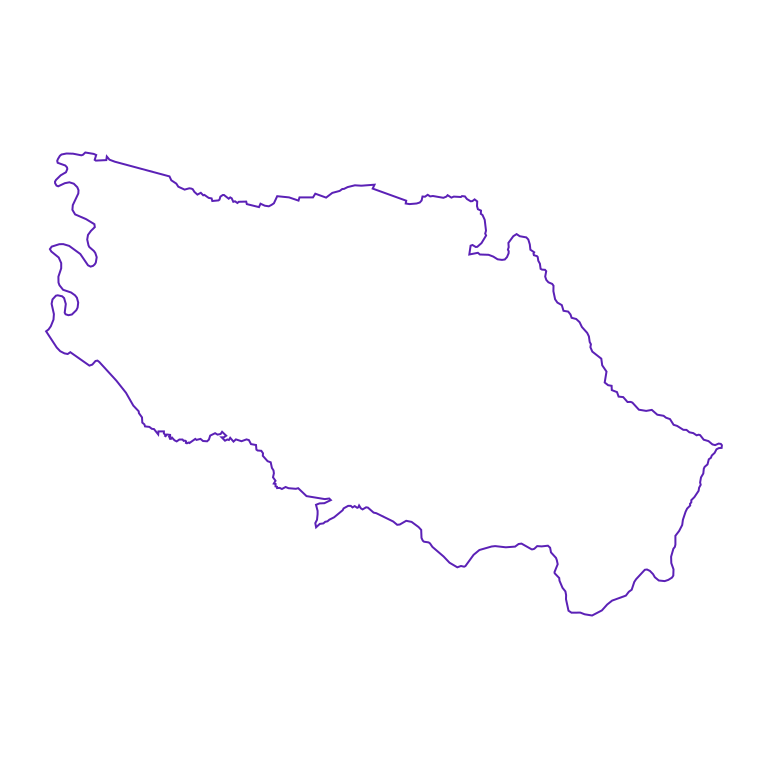 outline of San Pedro, Valle del Cauca, Colombia
{"feature_id": "7082276B32366816455434", "entity_name": "San Pedro", "entity_type": "district", "adm_level": 2, "iso_a3": "COL", "parent_name": "Colombia", "parent_adm1": "Valle del Cauca", "projection": "orthographic", "projection_center": [-76.202, 3.977], "detail": "fine", "context": "isolated", "style": "outline", "palette": "violet", "viewbox_px": 768, "rotation_deg": 0, "n_neighbors": 0, "source": "geoboundaries", "source_scale": "gbopen_adm2", "svg_char_len": 6032}
<svg xmlns="http://www.w3.org/2000/svg" viewBox="0 0 768 768"><path d="M721.6,447.9L721.9,445.2L720.8,443.9L718.6,443.6L715.1,445.1L712.4,444.4L708.5,441.1L703.7,439.7L700.1,435.1L698.7,434.7L696.6,435.3L693.3,433.1L689.4,432.3L686.5,429.9L683.3,429.8L677.1,425.9L673.6,424.8L670.0,419.1L666.0,417.7L663.6,415.8L657.3,414.7L651.8,409.9L646.2,410.9L638.9,409.7L632.4,402.6L630.7,401.9L627.5,402.0L623.2,397.1L618.6,396.6L617.0,392.1L611.8,390.1L611.6,385.8L608.1,385.2L604.7,382.5L606.5,371.6L602.2,365.3L601.3,358.7L592.3,351.6L590.4,347.2L590.9,344.2L589.7,342.0L588.9,336.4L587.2,332.9L581.9,327.0L579.6,322.2L576.2,319.0L571.6,317.8L570.5,314.5L568.2,311.6L563.5,310.8L561.8,305.1L557.4,302.6L555.1,299.3L553.4,291.2L553.5,285.7L552.2,283.9L548.4,282.3L546.3,279.9L545.2,276.6L546.2,271.2L545.0,269.8L542.0,269.6L540.6,268.8L539.9,263.7L538.3,260.8L537.7,257.0L536.9,256.1L533.9,255.2L533.5,253.6L534.2,252.3L530.4,249.7L529.8,244.4L528.3,239.5L526.3,237.4L519.7,236.2L516.6,234.1L513.3,236.2L508.4,242.9L508.7,247.2L507.9,249.7L508.7,251.2L508.6,253.3L507.0,257.1L504.8,259.5L502.0,259.9L497.6,259.3L493.3,256.6L488.6,254.8L479.9,254.5L477.9,252.8L469.3,254.5L470.6,245.7L472.5,245.0L475.8,247.0L477.3,246.8L481.5,243.1L486.1,235.5L485.2,233.6L486.0,230.7L484.7,219.8L482.5,215.0L480.8,213.8L481.0,210.6L477.9,209.2L477.0,206.1L477.2,201.4L474.6,199.4L472.4,201.1L470.7,201.3L466.9,199.0L464.9,196.4L462.0,196.1L460.9,197.0L453.8,196.6L451.4,197.6L447.6,195.2L446.4,196.6L443.4,197.8L432.9,196.0L430.2,196.4L427.7,194.8L425.0,196.7L422.5,196.5L421.6,200.5L419.8,202.5L416.6,203.5L409.5,204.1L405.7,203.5L406.2,200.7L372.7,188.6L374.5,184.7L361.4,185.7L354.9,185.3L347.6,187.1L344.0,188.9L342.3,189.0L339.7,190.9L332.3,192.9L326.1,197.6L315.3,193.7L313.0,197.4L299.5,197.4L298.5,200.6L289.1,197.4L277.2,196.2L273.9,203.3L271.5,204.9L268.8,206.3L264.8,205.7L260.5,203.7L259.0,207.1L246.8,204.1L246.2,201.6L238.8,201.8L237.4,203.0L235.0,201.3L233.3,201.8L231.7,198.3L230.2,197.4L228.7,198.7L224.0,195.0L222.8,195.0L220.4,196.6L219.5,199.6L218.5,200.4L212.3,201.0L211.6,198.4L208.7,197.9L204.4,194.9L203.2,195.3L200.8,192.8L197.4,194.6L194.4,191.9L192.7,189.2L191.3,188.6L189.3,188.3L184.6,189.6L178.3,186.7L176.3,183.6L171.3,180.3L169.5,176.4L114.8,161.7L109.5,159.7L106.8,156.5L106.3,160.1L95.8,160.6L94.7,159.8L96.2,155.0L93.7,153.9L85.3,152.5L82.9,154.8L81.3,155.3L73.1,153.7L66.5,153.5L61.5,154.5L59.9,155.8L57.9,159.1L57.2,160.9L57.7,162.8L65.3,165.5L67.0,167.4L67.3,169.0L66.0,172.2L60.7,175.3L56.0,179.9L55.0,181.7L55.1,183.2L56.5,185.6L58.2,186.3L64.8,183.2L69.4,182.3L73.8,183.7L77.3,187.2L78.5,190.2L78.3,193.5L72.8,205.1L72.4,209.8L75.1,214.4L86.2,219.2L94.4,224.2L94.8,227.1L91.0,230.8L88.0,234.9L87.2,239.5L88.5,245.4L89.3,247.0L93.9,251.0L95.3,253.0L96.7,257.2L95.8,262.6L94.7,264.4L93.0,265.9L90.6,266.6L88.0,265.3L80.3,254.0L69.2,245.9L63.2,244.1L59.3,244.2L51.7,246.6L49.9,249.1L51.3,251.5L58.7,257.5L61.2,263.1L61.2,268.3L58.4,276.7L58.5,282.6L59.5,285.3L63.1,289.8L71.1,292.5L75.0,295.3L76.9,297.7L78.2,302.6L77.6,307.6L76.3,310.2L71.9,314.5L68.4,315.2L65.6,314.3L64.7,312.7L65.8,304.0L64.1,298.1L62.2,296.3L57.7,295.3L55.9,295.7L52.5,299.4L51.6,303.8L53.9,314.1L53.5,319.6L50.8,326.3L48.5,329.5L46.1,331.3L56.7,347.5L60.2,351.2L64.5,353.4L67.7,354.0L70.3,352.2L89.4,365.6L92.3,364.6L95.5,361.0L97.5,360.6L99.3,362.0L116.4,380.7L126.0,392.8L133.3,405.6L138.7,411.3L138.9,413.1L142.0,417.4L142.3,422.6L144.4,424.4L145.0,426.4L149.4,426.9L151.8,428.8L154.0,429.1L158.2,434.4L158.5,431.4L163.9,431.4L163.9,433.5L165.6,435.0L165.1,435.9L165.6,436.2L166.9,434.5L170.1,434.9L170.2,436.6L169.2,436.8L170.1,438.9L171.2,438.8L172.1,437.7L174.5,440.3L176.7,441.4L179.4,439.5L182.5,439.5L183.7,440.9L184.9,440.6L186.1,441.3L185.9,442.9L186.9,443.3L188.9,442.5L189.5,443.0L195.3,438.9L196.5,439.9L200.5,438.9L203.0,441.0L207.1,441.3L208.9,439.6L210.2,435.6L215.1,433.2L217.5,434.6L220.6,434.0L222.1,431.8L226.2,435.7L223.9,437.3L221.6,437.3L225.0,440.7L227.3,439.5L228.9,440.0L230.2,437.8L233.5,441.6L235.9,439.4L241.5,441.2L246.5,439.4L248.9,440.1L251.0,444.1L256.0,445.0L256.4,449.6L257.6,450.5L261.3,450.8L263.0,453.3L262.8,455.8L267.6,461.2L270.7,462.3L271.9,467.9L273.5,470.4L273.9,473.3L273.0,477.3L275.5,480.8L273.8,483.6L275.6,484.0L275.5,486.4L277.0,486.8L277.1,488.1L279.7,487.9L281.9,489.0L285.6,487.0L288.5,488.2L295.9,488.8L298.2,488.2L306.5,496.1L324.8,499.1L329.2,498.5L330.8,500.1L324.4,503.2L319.5,503.4L316.0,504.8L317.6,510.9L317.6,514.2L317.0,519.8L315.3,523.1L316.1,527.3L319.8,523.9L323.4,523.4L325.2,521.8L327.5,521.3L329.3,519.7L334.1,517.3L342.7,510.2L343.6,508.4L348.1,505.9L350.8,505.9L352.5,507.4L354.7,506.1L357.2,507.8L358.3,507.3L359.1,505.5L360.8,508.3L362.6,509.4L366.1,507.3L367.9,507.6L373.6,512.6L376.3,513.2L393.2,521.5L397.2,524.8L399.8,524.5L406.2,520.8L411.6,521.9L418.5,527.0L421.2,529.9L421.5,537.9L422.8,540.7L424.0,541.7L428.6,542.4L430.0,543.4L432.4,546.9L443.6,556.5L449.5,562.7L457.3,567.3L461.0,566.0L464.1,566.7L465.4,566.1L473.6,554.8L479.4,550.0L491.6,546.5L495.2,546.1L505.8,547.3L515.1,546.6L518.6,544.0L521.5,543.6L531.6,549.3L532.7,549.3L534.3,548.8L537.2,546.1L541.7,546.4L547.9,545.7L550.1,547.7L551.0,552.4L556.0,557.9L556.8,560.1L557.7,564.2L554.5,572.1L554.7,573.3L559.2,578.0L559.5,580.7L562.5,587.8L565.4,591.4L566.1,595.1L566.0,599.2L568.5,610.7L571.5,612.7L580.3,612.6L584.7,614.3L592.1,615.5L601.9,610.4L607.2,604.5L612.1,600.6L625.9,595.6L628.8,591.8L631.7,589.7L634.3,581.9L636.1,579.2L644.8,569.8L647.0,569.5L649.9,570.9L653.1,574.2L654.8,577.2L658.8,580.5L664.7,581.1L668.3,579.9L672.0,577.6L673.3,575.6L673.5,569.3L671.3,563.1L671.1,556.7L673.4,548.7L674.8,547.0L675.4,544.7L675.4,535.8L679.1,531.0L682.2,525.0L682.9,519.8L685.6,511.7L687.1,508.6L690.2,505.5L690.0,503.9L691.3,502.3L691.3,500.2L694.4,497.1L698.6,490.8L699.1,487.7L700.7,484.8L700.1,482.5L701.0,477.4L703.3,473.5L703.8,468.7L704.7,466.8L707.5,464.4L708.8,459.3L710.9,457.8L711.8,455.5L714.6,452.9L716.5,449.3L718.8,448.1L721.6,447.9Z" fill="none" stroke="#5b21b6" stroke-width="2"/></svg>